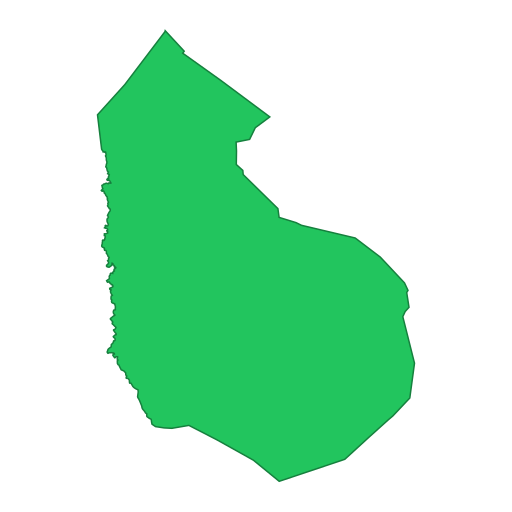 Cochoapa el Grande, Guerrero, Mexico (Albers equal-area conic projection)
{"feature_id": "50627088B69738836017174", "entity_name": "Cochoapa el Grande", "entity_type": "district", "adm_level": 2, "iso_a3": "MEX", "parent_name": "Mexico", "parent_adm1": "Guerrero", "projection": "albers", "projection_center": [-98.516, 17.123], "detail": "fine", "context": "isolated", "style": "filled", "palette": "green", "viewbox_px": 512, "rotation_deg": 0, "n_neighbors": 0, "source": "geoboundaries", "source_scale": "gbopen_adm2", "svg_char_len": 6017}
<svg xmlns="http://www.w3.org/2000/svg" viewBox="0 0 512 512"><path d="M409.8,398.0L414.5,363.2L402.8,316.7L405.2,311.5L409.0,307.3L406.7,292.5L408.0,290.4L404.5,282.9L380.3,257.1L355.2,238.0L301.5,225.3L296.0,222.6L279.1,217.4L277.9,208.6L243.2,174.6L242.8,170.4L236.3,164.5L236.5,151.0L236.1,142.1L249.6,139.4L255.3,127.7L269.8,116.9L221.2,80.7L182.7,53.2L184.2,51.2L165.2,30.7L165.0,31.6L124.8,84.6L97.5,114.8L101.6,149.1L102.1,150.1L102.8,150.9L103.2,152.0L103.9,151.7L104.6,152.2L105.1,151.8L105.7,152.1L106.1,155.0L105.5,155.8L105.7,156.6L106.0,156.9L106.3,158.0L106.3,159.7L106.5,160.8L106.9,161.6L106.8,163.3L106.3,164.3L106.3,165.4L105.8,166.3L106.0,167.2L106.6,167.7L107.3,170.9L108.4,172.0L107.6,173.7L109.2,174.5L108.9,175.2L109.0,175.9L108.4,176.8L108.3,177.5L108.7,178.0L107.3,178.9L106.9,179.5L107.2,180.2L108.2,180.5L108.8,179.9L109.6,180.7L110.8,182.6L110.9,183.1L110.0,183.3L109.2,182.9L108.7,183.0L108.2,183.7L106.4,183.2L105.3,183.5L104.6,184.0L103.6,184.1L103.0,184.9L101.9,185.4L102.5,188.2L102.9,188.8L101.3,190.4L101.7,191.0L102.7,191.2L103.3,190.9L104.0,191.4L104.3,193.1L105.0,193.4L105.6,194.9L106.5,196.3L107.2,196.9L107.2,198.2L107.6,198.8L107.3,199.6L108.5,202.3L107.8,203.2L108.1,204.4L107.5,205.8L107.7,206.2L108.1,206.7L108.5,207.3L108.8,207.7L109.1,208.1L109.2,208.6L109.4,208.8L110.0,208.9L110.2,209.2L110.3,209.5L110.3,210.0L110.2,210.7L109.4,211.8L108.7,213.0L107.5,215.4L107.5,215.7L107.9,216.0L108.1,216.3L108.4,217.1L108.3,217.5L108.1,217.8L107.3,218.6L107.2,218.8L107.2,219.2L107.1,219.4L107.0,219.5L107.1,220.1L107.0,220.6L107.1,221.3L107.1,221.5L107.2,221.9L108.0,223.5L108.2,224.0L108.3,224.2L108.0,225.2L107.9,225.7L107.7,225.8L107.5,226.0L107.1,226.0L106.0,225.4L105.7,225.3L105.2,225.7L105.4,226.6L104.5,227.8L105.7,228.3L106.5,228.3L106.9,228.4L107.2,228.6L107.5,229.0L107.7,229.3L107.6,229.7L107.0,230.4L106.8,230.6L106.8,230.8L106.9,231.1L107.0,231.1L107.3,231.1L107.6,231.1L107.7,231.4L107.6,232.0L107.7,233.0L105.7,233.8L104.4,233.8L104.3,235.6L105.2,235.9L105.2,237.5L104.8,238.2L104.9,239.0L104.1,240.3L103.3,240.0L102.7,240.1L102.4,240.8L102.6,241.4L102.3,242.3L102.3,243.4L101.9,244.8L101.8,245.3L101.7,246.0L101.9,246.5L102.1,246.8L102.3,247.0L102.7,247.2L103.3,247.5L104.1,247.8L104.5,248.2L104.2,248.8L104.6,250.3L104.8,250.4L105.5,250.4L105.8,250.4L106.0,250.5L106.1,250.8L106.4,251.8L106.4,252.2L106.4,252.8L106.4,253.4L106.9,253.8L107.0,254.0L107.8,255.5L107.9,256.0L108.2,256.6L108.7,256.9L108.9,257.3L109.1,257.6L108.5,258.7L108.5,260.0L107.6,260.7L108.6,262.2L108.3,263.6L107.0,264.9L106.6,265.2L106.5,266.1L106.8,266.4L106.9,266.6L107.3,266.9L108.1,267.0L108.6,267.2L108.8,267.2L109.2,267.2L109.4,267.1L111.7,265.4L112.1,263.2L112.7,263.5L113.0,263.8L113.1,264.8L113.3,265.0L113.9,265.3L114.2,265.5L114.3,265.7L114.4,266.2L114.2,266.7L114.7,267.3L115.4,267.1L115.8,267.5L115.5,268.4L114.4,268.9L113.9,270.1L114.4,270.9L114.1,271.2L113.4,271.5L112.6,272.7L112.7,273.4L111.0,273.1L110.3,273.7L110.1,275.2L109.6,275.5L109.2,276.4L109.4,278.5L108.8,279.1L106.6,280.7L107.3,282.0L107.6,282.2L107.9,282.3L108.7,281.9L109.2,281.9L109.4,282.0L109.8,282.6L110.0,283.3L110.3,283.5L110.6,283.6L111.0,283.9L111.4,284.7L111.7,284.8L112.1,284.7L112.3,284.7L112.8,285.4L112.9,286.7L112.0,287.3L109.7,288.3L109.9,289.4L110.9,289.5L111.1,290.1L110.6,290.7L110.5,291.9L111.2,293.7L112.3,295.3L111.2,296.1L111.0,297.8L111.0,299.1L111.8,299.9L111.5,301.1L111.8,302.5L112.7,303.1L113.1,303.1L113.4,303.2L113.8,303.6L114.6,303.7L114.7,303.8L114.8,304.0L114.8,304.5L115.0,305.0L115.4,306.6L115.4,307.4L115.2,308.3L115.3,308.7L115.4,309.0L115.4,309.4L115.2,309.8L114.7,309.9L114.1,310.0L113.9,310.1L113.7,310.2L113.3,311.5L113.3,312.4L113.5,313.3L113.8,313.9L114.8,314.9L114.9,315.1L114.8,315.3L114.6,315.5L113.8,315.8L112.4,316.9L111.9,317.4L111.1,317.9L110.4,318.7L110.3,318.9L110.4,319.1L110.7,319.5L111.4,320.2L111.6,320.4L111.8,320.8L112.3,321.3L112.7,321.9L112.7,322.2L112.7,322.4L112.6,322.6L112.3,322.8L112.2,323.4L112.2,323.7L112.3,323.8L112.4,324.0L113.0,324.4L114.6,326.1L115.4,326.9L115.8,327.2L115.9,327.3L115.9,327.7L115.8,327.9L115.4,328.6L115.1,329.1L114.7,329.4L113.8,329.7L113.6,329.9L113.5,330.1L113.6,330.3L113.8,330.7L114.1,331.1L114.8,332.0L115.1,332.6L115.5,332.9L115.9,333.4L116.1,333.7L116.2,334.3L116.2,334.6L116.0,334.8L115.6,334.7L115.4,334.7L113.3,336.5L113.4,336.9L113.6,337.3L114.6,338.1L114.9,338.3L115.1,338.8L115.1,339.6L115.0,340.0L114.9,340.4L114.5,340.8L114.3,340.8L113.8,340.8L113.6,340.9L113.1,342.8L111.3,344.6L111.2,346.8L108.9,348.5L108.0,349.4L107.7,350.7L107.3,351.3L107.2,352.2L107.3,352.5L107.8,353.2L108.0,353.3L108.3,353.2L108.5,353.0L108.7,352.8L108.9,352.8L110.0,352.8L111.2,352.7L112.0,352.7L112.9,352.9L113.6,353.0L114.1,353.3L114.3,353.5L114.4,353.9L114.4,354.1L114.0,354.1L113.2,354.1L112.9,355.4L113.5,356.2L114.5,357.6L114.7,357.8L114.9,357.8L116.1,356.7L116.4,356.7L117.3,356.7L117.6,356.8L117.5,357.5L117.2,358.6L117.2,358.9L117.3,359.3L117.7,359.7L118.0,360.0L117.9,360.3L117.6,360.7L117.3,360.8L117.4,363.4L118.1,364.7L119.1,365.2L119.4,366.3L121.2,369.8L122.3,370.3L123.9,370.9L124.4,371.6L125.4,372.5L125.6,372.7L125.8,374.8L126.1,375.4L126.7,375.8L126.7,376.3L126.2,377.2L126.2,377.7L126.2,378.1L126.4,378.2L126.8,378.4L127.6,378.4L127.9,378.5L128.5,379.0L129.2,379.9L129.4,380.3L129.3,381.1L129.5,381.3L129.5,382.8L129.8,383.2L131.0,383.2L132.9,386.5L133.5,387.1L133.9,387.5L135.3,388.5L135.8,388.8L137.8,389.7L138.0,389.8L138.2,392.0L137.6,396.7L137.7,397.1L138.0,397.9L138.5,398.5L139.6,400.7L140.7,403.4L141.2,404.7L141.6,405.6L141.8,406.3L142.0,407.6L142.4,408.7L142.9,409.4L144.3,411.0L144.9,411.8L145.3,412.7L145.8,413.2L146.5,413.5L146.8,413.8L146.8,414.2L146.7,414.5L146.8,416.1L146.8,416.3L147.1,416.7L147.4,417.0L148.1,417.4L149.2,418.3L149.7,418.6L150.4,418.8L151.2,419.4L151.6,422.3L152.0,424.2L155.5,426.6L164.1,427.9L171.9,428.3L188.9,425.4L216.5,439.6L253.4,460.2L279.2,481.3L344.8,459.3L369.4,436.8L388.2,419.9L392.8,416.0L409.8,398.0Z" fill="#22c55e" stroke="#15803d" stroke-width="1.5"/></svg>